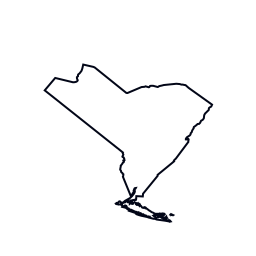 the border of New York, rotated 36°
{"feature_id": "USA-3559", "entity_name": "New York", "entity_type": "State", "adm_level": 1, "iso_a3": "USA", "parent_name": "United States of America", "parent_adm1": "", "projection": "albers", "projection_center": [-74.009, 42.755], "detail": "fine", "context": "isolated", "style": "outline", "palette": "ink", "viewbox_px": 256, "rotation_deg": 36, "n_neighbors": 0, "source": "natural_earth", "source_scale": "10m", "svg_char_len": 6020}
<svg xmlns="http://www.w3.org/2000/svg" viewBox="0 0 256 256"><g transform="rotate(36 128 128)"><path d="M39.7,130.3L56.7,123.3L58.0,122.2L59.1,120.8L59.4,119.6L59.3,119.0L58.8,118.6L57.8,118.1L57.3,117.6L56.8,116.9L57.1,115.5L56.4,114.6L56.3,114.0L56.3,113.6L56.6,112.8L56.7,112.1L56.8,109.4L56.7,108.8L56.1,106.8L54.5,103.0L64.1,98.9L65.5,98.6L106.0,100.6L107.0,100.0L114.9,86.9L117.2,84.9L117.7,84.0L120.9,82.8L121.2,82.3L121.1,81.2L121.7,80.4L123.5,79.1L127.9,77.4L128.2,77.0L128.7,75.7L130.4,73.8L131.7,72.2L141.1,63.8L144.1,62.0L145.7,61.5L146.6,60.8L148.2,60.1L149.4,59.5L153.5,59.9L182.3,59.7L182.7,61.6L182.5,62.3L182.0,63.3L181.8,64.2L182.0,64.8L182.6,65.7L182.7,66.2L182.3,68.2L182.2,69.2L181.9,70.6L181.9,71.4L182.1,72.8L183.6,75.5L183.7,76.4L183.6,77.6L182.9,79.1L182.9,79.6L183.3,81.3L183.1,82.8L183.0,83.0L182.0,83.8L181.9,84.1L181.7,85.3L181.0,87.7L180.7,88.4L180.8,88.9L181.3,89.7L181.3,91.3L181.5,92.6L182.0,94.0L181.8,95.4L182.3,96.3L182.4,96.9L182.3,97.8L181.1,100.9L181.1,102.1L181.2,102.8L181.5,103.2L182.1,102.8L182.4,101.8L182.7,101.6L183.1,101.4L183.6,101.5L184.0,101.9L184.3,103.0L185.0,103.8L184.7,124.7L184.4,126.2L184.3,126.7L184.5,128.2L184.8,128.2L179.5,148.5L180.1,149.3L178.8,172.3L180.2,174.7L174.8,178.2L176.0,180.2L176.3,180.5L176.6,181.3L176.4,181.4L176.5,181.5L176.4,181.8L175.8,182.7L175.1,182.7L173.8,184.0L173.5,184.5L173.4,185.1L172.7,185.2L172.6,186.2L173.1,187.0L171.5,187.0L170.9,187.3L170.1,187.2L170.0,186.9L170.0,186.6L170.5,185.3L170.4,184.9L170.2,184.8L170.8,183.4L171.3,180.9L171.4,177.8L171.3,176.7L171.0,175.6L170.8,175.2L169.8,174.2L169.4,173.5L169.7,172.5L169.6,171.9L169.0,172.5L168.8,173.1L169.3,175.1L169.5,175.6L170.0,175.9L170.3,176.4L170.2,178.2L170.6,180.8L170.6,181.6L152.5,170.4L152.4,169.8L151.5,168.2L151.4,168.1L150.6,168.2L149.9,167.7L148.8,167.7L148.3,167.6L147.4,166.7L146.4,166.4L146.0,166.1L144.6,163.1L144.3,162.8L144.3,162.5L144.4,160.3L144.2,159.1L144.2,158.9L144.5,158.6L144.6,158.3L144.5,157.6L144.3,157.4L143.4,157.0L143.9,156.3L144.0,156.0L143.5,155.8L143.2,155.2L142.6,155.0L142.1,154.5L141.8,154.4L140.6,154.6L140.2,154.3L139.9,152.3L138.2,151.2L138.2,150.8L38.5,146.5L39.7,130.3ZM216.1,178.8L215.8,178.3L216.4,178.2L217.5,178.5L216.8,179.3L215.8,179.6L212.3,181.3L205.0,185.2L203.8,185.5L204.0,185.0L204.1,184.7L203.8,184.5L202.9,184.5L202.8,184.8L203.1,185.7L202.8,185.9L201.9,186.5L197.8,188.1L197.4,188.0L199.4,187.2L198.3,187.2L197.7,186.9L196.8,187.7L196.0,187.7L195.4,187.5L195.7,187.8L195.6,188.2L194.8,188.7L194.2,188.9L194.0,188.3L193.1,188.6L192.7,189.0L191.1,188.8L190.9,188.9L190.7,189.3L189.2,189.7L188.5,189.4L188.2,189.5L188.1,190.2L187.8,190.3L186.6,190.2L186.1,189.9L185.1,190.8L184.1,190.9L182.9,191.5L178.5,192.3L176.4,193.4L176.2,193.3L176.4,193.2L176.4,192.9L176.1,192.7L175.4,192.8L175.1,193.1L175.1,193.6L178.2,193.6L178.1,193.9L175.2,194.0L173.8,193.8L172.7,194.0L169.8,195.2L169.8,194.8L173.3,193.4L173.8,192.9L173.1,192.3L172.4,192.0L171.4,192.2L170.9,192.7L170.9,193.0L171.2,194.0L170.9,194.2L170.1,194.0L169.8,194.2L168.7,194.4L168.3,194.4L168.2,194.1L168.4,194.0L168.5,193.8L168.3,193.5L167.7,193.3L167.5,192.9L167.6,192.3L168.1,191.5L168.1,191.1L168.5,190.5L169.1,190.2L169.4,189.7L169.4,189.1L170.0,188.2L170.5,187.7L171.0,188.0L171.4,187.9L171.6,188.1L172.5,187.5L173.5,187.6L174.0,188.3L174.2,187.6L173.8,187.1L174.0,186.4L174.4,186.3L175.0,187.2L175.3,187.1L175.4,186.7L175.3,186.4L174.6,186.1L174.6,185.7L174.8,185.4L175.2,185.4L175.9,185.7L176.4,186.6L176.6,186.4L176.4,185.3L176.9,184.4L178.4,183.9L179.4,183.8L179.6,184.2L179.5,184.3L179.2,184.6L178.8,184.6L179.1,185.0L179.6,185.0L179.7,184.5L180.1,184.6L180.1,184.9L180.4,185.0L180.5,184.9L180.5,184.6L180.6,184.3L180.0,183.5L180.2,182.9L180.8,183.2L181.5,183.3L181.3,183.9L181.7,184.3L182.5,184.1L183.2,184.3L183.2,183.9L183.1,183.5L182.2,183.5L182.0,183.1L182.1,182.7L182.6,182.9L182.8,183.2L184.6,183.5L186.0,184.0L187.3,183.7L187.7,183.3L188.0,182.9L187.8,182.4L188.8,182.0L189.1,182.1L189.0,182.8L189.3,182.8L189.5,182.7L189.4,182.1L189.6,182.1L190.2,182.3L191.1,182.2L193.6,182.3L195.2,182.1L196.4,182.2L198.3,181.7L199.9,181.6L200.4,181.4L203.4,179.3L204.0,178.4L204.7,178.3L206.3,176.7L207.8,176.0L208.5,176.2L208.6,176.4L208.5,176.8L208.2,177.1L207.5,177.5L207.2,176.9L206.3,177.5L204.8,179.0L204.7,179.3L205.4,179.6L205.3,180.0L204.8,179.9L204.2,180.2L204.3,181.2L204.2,181.5L203.8,180.9L203.6,180.9L203.4,181.3L202.3,181.5L201.8,182.0L201.8,182.3L201.0,183.1L200.2,183.3L200.0,183.9L200.5,183.8L200.9,184.1L201.4,183.7L202.8,184.1L203.3,184.1L203.8,183.7L204.2,182.7L204.9,182.5L205.8,181.1L206.8,181.0L206.9,180.8L206.6,180.0L206.9,179.8L207.2,179.9L207.4,180.7L208.1,180.8L208.2,180.4L208.5,180.4L208.9,179.6L209.3,179.7L210.0,180.6L210.1,179.4L210.4,179.1L210.7,179.2L211.5,180.6L211.7,180.8L213.1,180.3L214.4,179.3L214.8,179.4L215.2,179.3L215.2,178.6L215.4,178.5L216.1,178.9L216.1,178.8ZM165.5,192.4L166.7,192.0L166.8,192.3L166.7,192.4L166.8,192.8L167.2,193.4L166.1,194.8L165.3,195.5L165.0,195.4L164.0,196.1L162.8,196.5L162.6,196.4L162.9,196.0L162.8,195.3L163.6,194.7L163.8,194.4L164.0,192.6L164.5,192.1L165.5,192.4ZM192.6,189.8L196.5,188.2L197.0,188.1L197.0,188.4L195.9,188.7L190.5,191.1L188.1,192.0L185.8,192.7L184.6,192.7L184.4,192.5L185.6,192.5L190.5,190.8L192.6,189.8ZM170.0,187.5L169.1,189.2L169.0,190.0L168.0,190.4L168.4,188.7L170.1,185.0L170.3,185.1L170.3,185.5L169.8,186.5L169.8,187.0L170.0,187.5ZM185.6,192.2L184.1,192.3L178.2,194.2L178.4,193.7L183.6,192.0L185.7,191.9L185.6,192.2ZM206.4,178.2L206.4,177.8L206.7,177.8L206.8,178.1L207.2,178.4L207.8,178.5L207.7,178.8L207.8,179.1L207.7,179.5L207.9,179.9L206.9,179.5L206.0,179.6L205.7,179.3L205.7,178.9L205.9,178.5L206.4,178.2ZM214.1,173.1L213.5,173.1L213.2,173.2L213.2,172.9L213.5,172.7L213.5,172.4L213.8,172.4L214.0,172.7L214.2,172.2L215.8,171.9L215.7,172.2L214.7,172.5L214.1,173.1ZM211.2,177.2L211.7,177.6L212.4,177.8L212.2,178.0L212.3,178.5L211.9,179.2L211.8,178.4L211.7,178.1L210.9,177.9L211.2,177.5L211.2,177.2Z" fill="none" stroke="#020617" stroke-width="2"/></g></svg>